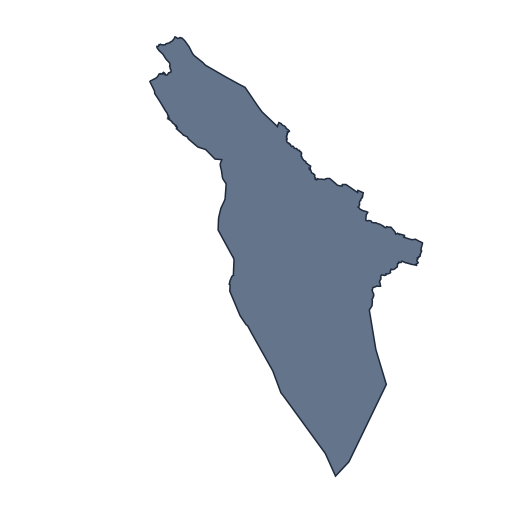 the district of Løten nor, Hedmark, Norway, rotated 201°
{"feature_id": "86288312B76423456121539", "entity_name": "Løten nor", "entity_type": "district", "adm_level": 2, "iso_a3": "NOR", "parent_name": "Norway", "parent_adm1": "Hedmark", "projection": "equal_earth", "projection_center": [11.462, 60.865], "detail": "fine", "context": "isolated", "style": "filled", "palette": "slate", "viewbox_px": 512, "rotation_deg": 201, "n_neighbors": 0, "source": "geoboundaries", "source_scale": "gbopen_adm2", "svg_char_len": 6106}
<svg xmlns="http://www.w3.org/2000/svg" viewBox="0 0 512 512"><g transform="rotate(201 256 256)"><path d="M180.9,135.6L120.4,96.4L102.9,79.0L95.5,97.1L88.3,182.8L110.5,211.5L130.8,246.1L130.9,246.5L130.5,247.6L130.5,248.2L130.2,249.0L130.1,250.1L129.8,251.0L131.2,255.6L132.1,257.0L132.1,257.6L131.8,258.4L131.9,259.5L131.7,260.2L132.0,260.9L131.9,261.4L132.3,261.8L132.5,262.7L135.2,265.3L135.2,265.9L135.5,266.2L135.2,266.9L135.6,267.9L135.5,268.5L133.4,270.1L132.4,271.3L130.8,271.6L128.9,272.4L128.9,272.7L129.2,273.1L129.9,273.9L130.2,274.9L130.4,275.2L131.1,275.5L131.5,276.2L131.5,277.1L131.4,277.3L131.6,277.6L131.1,279.1L131.6,280.7L132.2,281.2L132.3,281.5L132.2,282.5L131.9,283.4L129.2,283.8L127.9,284.7L127.8,284.8L128.2,286.1L126.7,286.4L125.2,287.6L124.7,288.3L124.5,289.1L125.3,289.9L125.2,290.9L125.0,291.4L125.2,292.0L124.2,292.0L123.0,292.5L121.9,293.6L121.0,295.3L120.2,296.4L120.8,298.8L121.0,299.0L121.1,299.6L120.5,300.0L120.2,300.3L120.6,300.9L120.6,301.4L118.4,301.8L118.1,302.4L117.9,303.5L113.8,303.3L112.1,303.6L108.0,303.9L104.5,304.6L102.2,304.8L103.0,305.1L103.7,305.6L103.5,306.2L102.9,306.6L102.2,307.6L102.3,308.0L104.0,309.1L104.3,310.6L103.8,311.3L104.7,312.1L104.3,312.5L103.6,312.9L103.5,313.2L103.8,313.7L102.8,314.5L102.7,314.9L103.0,315.4L103.0,316.0L103.3,316.1L103.1,320.0L104.0,320.2L104.2,321.5L104.7,322.7L104.6,323.6L104.8,324.4L104.9,326.6L105.2,327.7L105.4,328.0L109.4,328.3L113.3,328.8L114.6,327.9L116.6,327.0L124.5,326.5L125.5,326.6L124.7,326.8L124.4,327.2L124.4,327.6L124.8,328.5L129.8,328.0L129.8,327.5L132.0,328.0L132.6,327.2L133.3,326.5L135.1,328.5L140.5,331.3L140.9,331.0L141.6,330.9L142.6,330.3L144.4,330.4L144.8,329.6L144.9,329.0L145.5,328.8L147.4,329.2L147.4,329.4L147.6,329.5L152.0,330.1L153.6,329.8L155.7,330.0L157.1,329.6L157.8,329.1L158.9,329.1L159.7,328.9L161.1,329.9L161.5,329.9L162.9,329.7L163.8,329.4L164.4,328.8L165.5,328.7L166.4,328.9L167.8,333.8L167.3,336.9L168.4,337.1L172.3,336.7L175.6,337.0L177.2,338.0L178.2,338.2L177.7,339.3L177.6,340.8L178.6,343.0L178.7,344.6L178.1,345.5L178.4,346.0L178.3,347.1L177.6,348.6L177.9,349.6L178.0,349.6L177.9,350.0L178.0,350.0L178.5,353.5L184.4,353.8L184.4,353.1L184.0,351.7L197.6,355.0L201.0,353.7L201.1,352.7L200.8,352.2L201.5,352.1L202.3,351.6L205.0,351.3L205.9,351.4L207.2,352.0L214.9,354.8L217.6,353.8L218.8,352.8L219.1,352.2L219.3,352.0L222.7,351.1L224.3,350.5L225.6,350.2L226.7,350.2L226.6,349.6L226.4,349.1L226.5,348.9L228.3,348.8L228.5,349.5L228.8,349.9L228.9,350.5L229.5,350.8L229.9,351.5L229.9,352.2L230.4,352.9L231.0,353.1L231.6,353.0L231.8,353.3L232.2,353.5L233.5,353.5L234.1,353.9L234.9,355.0L236.1,355.7L236.1,356.2L237.3,356.1L237.4,356.7L237.6,356.9L236.7,357.0L237.0,357.9L237.0,358.5L237.1,358.9L237.4,359.3L237.3,359.5L239.9,360.1L241.0,360.4L241.4,360.7L242.5,360.7L243.1,361.3L243.1,361.7L243.2,361.9L244.4,362.3L245.5,362.3L246.9,363.3L248.0,363.7L248.1,364.0L248.4,364.4L248.5,364.9L249.5,365.3L249.7,365.5L249.8,366.4L250.2,367.2L250.0,367.6L250.3,368.0L250.3,368.4L250.8,368.6L251.6,369.4L252.3,369.3L253.1,369.6L253.3,369.8L253.3,370.1L253.5,370.1L254.6,370.0L255.7,370.0L256.2,370.8L256.6,370.9L258.1,370.3L259.0,370.3L259.4,371.0L261.0,371.8L261.7,371.4L261.8,370.9L262.0,370.9L263.1,371.4L263.4,371.7L263.5,372.2L264.0,372.6L265.3,372.6L265.3,373.0L265.6,373.2L266.5,373.2L267.0,373.1L267.6,373.2L268.7,374.5L268.7,375.4L269.4,375.7L268.9,376.6L269.2,377.0L269.5,377.1L270.2,377.7L270.2,378.0L270.0,378.3L270.4,378.5L270.5,378.9L270.6,379.4L270.2,380.3L270.3,380.7L270.9,381.3L270.9,381.5L270.6,381.8L270.6,382.2L270.4,382.7L271.1,383.1L270.9,383.3L270.0,383.8L269.5,384.3L269.5,384.5L270.1,384.9L271.6,385.5L273.6,385.9L273.9,386.4L274.4,386.9L276.1,387.6L278.1,387.6L279.2,388.0L279.7,388.6L282.3,388.8L282.5,388.8L282.5,388.6L282.4,387.8L282.6,386.6L282.3,384.5L302.0,392.7L307.6,396.3L326.6,409.5L334.4,410.4L347.6,412.2L369.7,415.7L371.2,415.9L373.9,417.0L374.1,417.2L374.8,417.5L385.7,421.0L388.1,422.5L393.5,427.4L399.6,431.4L403.0,432.9L403.4,432.6L404.5,433.0L405.2,432.4L405.6,432.4L405.9,431.8L407.2,431.0L407.9,431.1L408.5,431.4L409.4,431.6L410.2,431.5L410.4,431.1L410.1,430.3L410.5,428.7L411.0,427.7L411.1,426.9L412.9,424.8L412.8,424.3L412.9,424.2L416.1,421.9L416.2,421.7L416.2,421.2L416.7,420.6L418.8,419.6L420.2,419.4L421.1,419.5L421.5,419.0L421.6,418.6L422.3,418.5L422.1,417.3L422.3,416.8L422.6,416.5L423.4,416.4L423.7,416.2L423.4,415.5L423.0,415.0L422.3,414.4L419.7,412.8L417.5,412.0L415.2,411.0L410.5,407.5L406.4,405.5L405.6,405.0L404.9,403.9L404.9,403.2L404.6,402.6L404.5,401.8L403.8,401.3L402.8,399.6L402.1,399.3L401.7,398.8L401.6,398.0L401.3,397.4L401.5,397.0L402.3,396.6L402.4,396.1L403.1,395.8L403.1,395.5L403.3,395.3L403.4,394.5L403.9,393.1L404.1,392.9L404.7,392.7L406.0,392.6L406.2,392.9L406.0,393.4L406.1,393.5L407.0,394.0L408.2,394.3L408.6,393.5L407.9,393.0L408.0,392.5L410.7,392.0L410.8,391.9L410.6,391.7L411.2,391.6L411.7,391.2L412.0,388.9L412.7,386.8L417.3,381.6L417.6,381.1L417.6,380.8L410.0,373.8L408.7,371.3L401.6,366.2L392.7,359.2L390.1,357.5L388.8,355.8L387.7,355.4L387.7,355.2L387.9,355.0L387.5,354.6L388.0,353.9L387.2,353.5L386.5,353.5L386.3,353.4L386.4,353.2L387.2,352.8L387.4,352.5L386.9,352.5L385.6,352.1L384.1,351.9L383.7,351.6L383.0,351.3L382.9,351.1L381.9,350.9L381.6,350.4L380.9,350.1L379.4,349.8L378.8,349.3L377.8,349.3L377.0,349.1L376.8,348.7L377.3,348.3L376.0,347.6L375.6,347.7L375.5,347.3L375.9,346.8L375.9,346.5L375.5,346.6L375.3,346.1L368.8,343.7L367.1,342.8L366.1,342.8L362.7,342.5L361.3,341.2L360.4,340.8L349.3,336.9L342.1,337.3L341.0,337.3L329.0,331.8L322.5,333.7L322.4,329.0L321.4,327.0L318.9,323.4L317.6,321.0L316.6,319.4L316.0,318.1L314.8,316.3L309.8,312.7L309.0,310.3L305.3,298.1L305.3,296.2L305.9,288.0L304.8,279.6L304.3,277.2L300.7,266.7L278.0,247.4L277.1,247.2L277.0,246.5L275.3,245.0L270.4,230.3L270.1,229.9L270.5,229.7L270.8,229.1L271.3,228.0L271.2,227.6L271.4,223.7L271.0,221.3L271.1,221.1L270.8,220.6L270.9,220.3L270.9,220.0L269.8,219.7L267.9,213.8L249.6,194.7L248.3,193.7L240.7,188.4L238.7,187.8L232.6,182.5L199.1,154.7L183.7,137.2L180.9,135.6Z" fill="#64748b" stroke="#1e293b" stroke-width="1.5"/></g></svg>